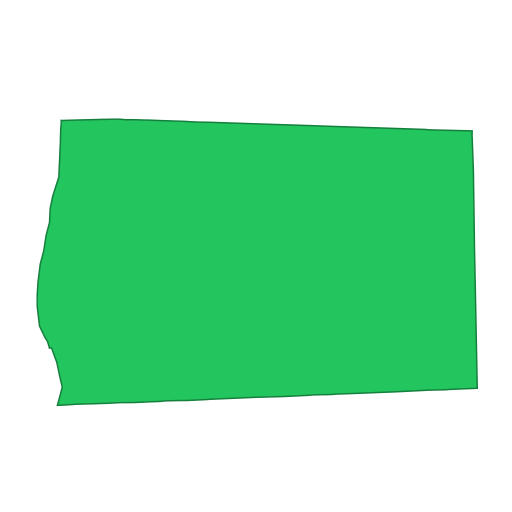 the district of Magdalena Ocotlán, Oaxaca, Mexico, rotated 358°
{"feature_id": "50627088B67117262986487", "entity_name": "Magdalena Ocotlán", "entity_type": "district", "adm_level": 2, "iso_a3": "MEX", "parent_name": "Mexico", "parent_adm1": "Oaxaca", "projection": "albers", "projection_center": [-96.722, 16.709], "detail": "fine", "context": "isolated", "style": "filled", "palette": "green", "viewbox_px": 512, "rotation_deg": 358, "n_neighbors": 0, "source": "geoboundaries", "source_scale": "gbopen_adm2", "svg_char_len": 1285}
<svg xmlns="http://www.w3.org/2000/svg" viewBox="0 0 512 512"><g transform="rotate(358 256 256)"><path d="M197.6,397.8L202.5,397.7L203.7,397.6L250.2,397.2L279.1,397.4L303.4,397.1L304.0,397.0L309.1,396.8L315.8,396.9L317.6,396.9L325.3,397.1L331.4,396.8L339.2,396.8L345.4,396.8L391.5,396.6L423.8,396.1L441.4,396.3L444.2,396.1L472.5,395.9L474.1,291.6L474.6,257.4L476.0,189.7L476.2,181.1L476.2,145.0L476.1,143.8L476.4,138.5L433.7,136.0L429.3,135.4L424.7,135.1L343.8,129.6L215.0,120.8L203.5,120.2L195.7,119.6L188.7,118.9L166.3,117.4L152.9,116.4L148.4,116.2L143.3,115.8L135.6,115.4L130.4,115.3L128.1,114.9L126.9,114.8L125.2,114.6L123.3,114.5L120.7,114.4L117.7,114.3L110.4,114.2L107.9,114.1L103.4,114.1L84.5,113.9L67.8,113.8L67.1,113.8L66.0,113.7L66.1,115.3L65.3,122.2L64.7,131.1L64.4,136.9L64.0,140.7L63.2,151.8L62.4,160.9L61.7,170.3L57.8,181.1L55.0,189.0L52.0,201.1L50.8,215.4L47.0,227.9L44.1,243.3L40.1,256.5L37.2,274.7L36.0,287.3L35.6,298.7L37.2,318.5L42.1,329.7L44.7,334.2L46.4,340.9L48.4,340.7L53.2,355.3L55.7,369.7L57.8,380.3L54.0,392.9L52.3,398.3L61.9,398.2L66.7,398.0L72.8,397.8L75.5,397.9L79.2,397.9L87.5,398.0L103.2,398.0L115.7,397.8L129.2,398.2L143.8,398.0L155.1,398.0L160.1,397.6L175.0,397.8L182.2,398.0L197.6,397.8Z" fill="#22c55e" stroke="#15803d" stroke-width="1.5"/></g></svg>